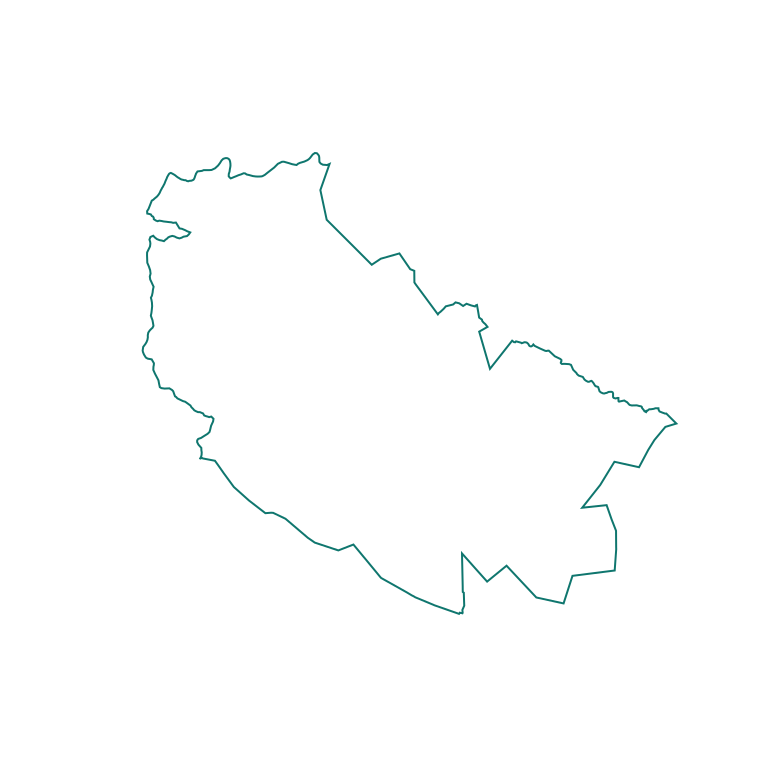 Santiago Ixtayutla, Oaxaca, Mexico (Mercator projection), rotated 206°
{"feature_id": "50627088B59377752165188", "entity_name": "Santiago Ixtayutla", "entity_type": "district", "adm_level": 2, "iso_a3": "MEX", "parent_name": "Mexico", "parent_adm1": "Oaxaca", "projection": "mercator", "projection_center": [-97.668, 16.53], "detail": "fine", "context": "isolated", "style": "outline", "palette": "teal", "viewbox_px": 768, "rotation_deg": 206, "n_neighbors": 0, "source": "geoboundaries", "source_scale": "gbopen_adm2", "svg_char_len": 6093}
<svg xmlns="http://www.w3.org/2000/svg" viewBox="0 0 768 768"><g transform="rotate(206 384 384)"><path d="M103.7,338.9L111.1,353.8L120.1,362.1L130.8,372.7L151.6,359.7L145.4,388.0L142.8,415.1L118.3,421.0L117.6,440.7L116.4,452.2L112.3,468.8L103.9,476.6L117.3,481.2L118.4,480.6L118.7,480.6L121.4,480.3L124.3,480.1L126.0,481.3L126.7,482.5L128.7,481.5L129.5,481.1L130.7,479.9L132.9,478.4L134.4,477.6L134.7,477.3L134.8,477.0L135.4,475.8L136.1,475.2L135.9,475.1L135.8,474.9L136.0,474.5L136.1,473.6L138.0,473.7L139.0,474.4L140.8,475.2L141.7,475.7L141.8,475.9L142.0,476.1L142.4,476.5L143.3,476.6L144.2,476.3L145.5,476.0L146.7,475.8L147.7,475.5L151.2,473.7L151.6,473.4L153.8,472.9L154.6,473.0L157.5,474.2L159.4,474.3L160.8,474.5L164.8,471.4L165.0,471.2L165.6,471.3L166.3,472.4L167.2,474.2L167.9,473.9L169.6,472.5L171.5,472.2L172.4,472.7L174.0,476.0L174.8,476.7L175.3,476.8L176.1,476.7L177.5,476.0L178.7,475.3L179.8,473.8L180.0,473.6L180.9,472.9L181.1,472.8L181.6,472.2L182.0,472.0L182.9,471.6L185.2,471.5L187.0,471.9L188.1,473.0L190.1,475.1L190.6,475.2L192.5,474.8L192.9,475.0L193.7,475.0L194.2,475.4L195.9,476.5L196.2,476.7L198.4,477.7L199.1,477.7L200.8,475.8L201.8,475.4L204.1,475.5L205.8,475.9L208.4,477.5L212.7,476.9L214.8,477.5L215.8,478.2L220.2,479.7L224.1,483.0L224.4,483.2L225.0,483.1L226.3,483.0L230.0,481.5L233.0,480.0L234.1,480.3L234.4,480.5L234.6,481.3L234.5,482.1L235.0,483.3L236.4,483.8L242.6,483.8L250.5,486.2L251.2,485.9L252.4,484.9L253.6,484.5L259.4,484.3L265.3,484.3L267.1,485.0L267.4,483.4L268.2,482.3L268.6,482.1L269.1,482.0L270.0,482.0L271.1,482.7L271.9,483.3L273.7,483.8L274.5,483.7L275.7,483.3L276.2,483.0L277.6,481.5L278.2,481.0L278.9,481.2L283.7,480.3L284.1,480.1L284.3,479.1L285.5,478.6L287.8,479.1L295.4,444.1L321.4,472.8L316.0,480.7L319.1,482.2L321.6,482.9L323.2,483.6L324.2,484.8L327.6,485.4L331.8,491.3L335.1,495.8L336.0,494.8L336.2,493.6L340.3,492.8L345.0,492.3L347.1,488.8L351.8,489.5L355.5,488.7L356.7,485.8L362.5,480.9L363.3,477.8L364.9,473.6L365.8,471.9L366.1,470.2L384.1,479.6L398.9,487.3L401.2,488.6L406.4,499.0L410.8,498.7L427.4,508.1L427.5,508.0L441.8,495.2L447.3,485.8L472.2,494.4L507.5,506.5L526.2,530.4L529.4,557.9L531.2,555.8L532.6,555.3L535.1,554.3L537.6,554.4L539.4,555.3L540.4,557.1L541.3,558.9L542.3,560.4L543.5,561.2L545.5,562.0L547.4,561.3L547.9,560.4L548.7,559.0L549.1,557.0L549.5,555.0L550.0,553.4L550.9,551.7L553.1,549.0L556.5,545.9L557.8,544.3L558.6,542.5L560.3,542.0L562.9,541.3L566.4,540.8L571.4,539.9L573.1,539.0L574.4,537.3L575.9,535.4L577.6,530.4L581.3,522.9L582.8,519.7L584.3,517.6L585.1,516.9L586.7,516.0L588.4,515.1L590.3,514.3L593.0,513.4L596.8,512.7L599.3,512.1L601.1,512.4L602.5,511.9L603.4,510.9L604.3,509.8L606.3,507.9L608.1,505.8L609.5,504.3L610.7,502.9L611.9,501.6L613.4,502.0L614.7,502.7L615.6,504.8L615.9,507.1L616.7,509.5L617.2,511.4L617.7,512.9L618.7,514.8L619.8,516.4L620.9,517.6L622.2,518.2L623.6,518.3L625.1,517.8L626.2,516.9L627.2,515.9L628.0,513.7L628.3,510.6L628.9,507.6L630.4,503.8L632.8,500.8L635.2,499.4L638.0,498.1L639.8,497.2L641.0,495.8L643.1,494.4L644.8,493.3L645.0,492.0L645.2,490.5L645.0,489.8L645.0,488.7L644.7,486.9L644.6,485.2L644.8,484.0L646.1,482.4L648.1,481.2L648.8,480.4L650.0,480.1L651.6,480.2L653.0,479.6L654.3,479.4L655.3,479.1L656.7,479.0L658.1,479.2L659.7,479.3L661.5,479.6L663.0,480.0L664.7,480.2L666.6,480.3L668.1,480.3L668.7,479.7L669.2,478.9L669.4,478.0L669.6,474.8L669.4,473.3L669.4,471.6L669.3,469.9L669.1,467.8L669.2,465.6L669.2,464.4L669.4,462.9L669.4,461.6L669.5,460.2L669.4,457.4L669.6,455.5L669.9,454.2L670.2,453.0L671.0,451.2L671.7,449.7L672.0,448.7L673.1,447.0L672.6,441.0L672.4,438.1L672.7,435.5L671.5,433.4L669.5,433.9L667.9,434.2L666.3,433.2L664.9,433.2L663.8,432.4L663.1,431.2L660.5,430.9L658.8,431.1L657.6,432.3L655.4,433.0L653.3,433.5L650.2,434.6L648.4,435.2L646.0,436.1L644.2,436.4L641.8,437.9L636.0,434.2L633.7,434.9L629.9,435.1L627.9,435.0L624.6,435.3L625.0,432.9L625.9,430.6L628.8,428.5L630.0,426.8L631.7,425.2L634.6,424.7L636.9,424.8L639.2,424.3L641.2,422.5L642.2,421.2L642.8,419.4L643.6,418.0L644.4,415.9L646.7,415.5L648.8,414.9L651.7,414.7L654.4,415.3L656.4,416.1L658.4,413.7L658.1,410.9L657.8,410.6L656.5,409.3L655.5,407.7L654.6,405.0L654.6,401.8L654.6,398.4L653.4,395.8L651.7,392.6L649.9,389.2L646.9,386.6L644.1,383.8L642.2,380.9L641.6,377.9L639.9,375.4L638.1,374.0L635.8,372.1L633.7,370.4L633.0,367.4L632.1,364.9L631.3,361.7L631.3,359.3L629.9,357.7L628.3,355.5L626.5,352.3L625.1,348.5L624.2,345.9L623.5,343.2L621.8,341.5L620.0,339.8L618.1,337.2L616.7,335.2L616.7,333.1L617.3,331.6L618.0,329.5L618.4,326.9L617.7,324.3L616.7,322.4L616.0,320.0L615.8,317.5L616.0,315.3L616.7,311.8L615.6,308.3L614.7,307.1L612.7,305.3L609.7,303.4L610.0,303.4L607.6,303.2L603.6,304.3L599.9,301.8L599.2,300.1L598.8,298.5L597.5,295.5L594.4,292.9L591.0,290.4L588.3,288.4L586.4,285.8L584.1,282.9L582.3,282.7L579.2,283.7L575.0,286.0L571.9,285.7L570.3,285.1L568.4,283.2L566.4,281.3L565.1,281.2L563.4,280.5L561.4,280.5L558.9,280.5L557.2,280.5L554.9,280.9L551.9,280.4L548.5,279.8L546.9,278.7L544.8,278.0L543.0,277.2L541.2,277.1L538.8,277.2L537.2,278.0L533.7,278.2L531.8,276.9L529.7,277.1L528.2,277.4L526.6,277.6L525.0,279.0L522.0,278.0L521.2,275.4L521.1,270.7L520.2,266.6L519.8,264.4L520.7,261.9L522.9,258.4L524.8,255.3L526.9,253.2L527.2,251.5L526.5,249.9L524.3,248.2L522.4,247.4L520.2,246.5L519.1,244.4L517.9,242.7L516.9,240.4L516.5,238.5L516.6,236.1L516.5,235.7L516.5,236.3L516.1,236.7L515.7,237.8L514.1,237.7L502.3,240.9L498.0,238.6L494.2,236.5L489.0,233.6L473.8,225.6L454.3,220.1L434.0,215.9L428.9,218.9L428.1,219.2L427.3,219.6L413.5,219.7L385.1,212.4L376.7,211.1L352.1,214.4L341.1,226.3L331.6,222.0L325.9,219.4L325.6,219.3L308.9,211.7L302.8,208.9L301.5,208.4L272.1,206.7L266.3,206.2L264.2,206.2L262.5,206.0L242.7,207.2L241.8,207.2L215.8,210.3L215.6,211.7L214.9,211.8L214.4,211.9L214.0,212.1L213.0,212.3L213.0,212.8L214.5,215.3L214.7,219.9L220.8,231.4L221.0,231.4L222.0,231.6L222.7,232.9L224.7,236.9L239.1,264.9L239.6,265.9L220.4,258.0L204.7,251.6L194.2,274.4L179.0,268.6L153.5,258.9L126.4,265.5L130.5,294.2L94.9,317.5L102.9,337.4L103.7,338.9Z" fill="none" stroke="#0f766e" stroke-width="2"/></g></svg>